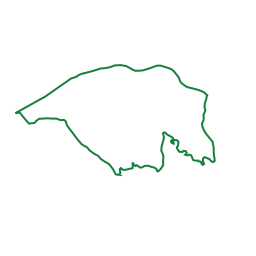 outline of Bodae, Grand Kru, Liberia, rotated 235°
{"feature_id": "62588387B10493983903288", "entity_name": "Bodae", "entity_type": "district", "adm_level": 2, "iso_a3": "LBR", "parent_name": "Liberia", "parent_adm1": "Grand Kru", "projection": "mercator", "projection_center": [-8.37, 5.14], "detail": "fine", "context": "isolated", "style": "outline", "palette": "green", "viewbox_px": 256, "rotation_deg": 235, "n_neighbors": 0, "source": "geoboundaries", "source_scale": "gbopen_adm2", "svg_char_len": 2557}
<svg xmlns="http://www.w3.org/2000/svg" viewBox="0 0 256 256"><g transform="rotate(235 128 128)"><path d="M94.4,94.3L95.1,94.1L95.5,95.9L99.0,97.7L99.3,99.1L97.1,99.7L95.5,101.3L94.8,103.0L93.9,105.2L92.5,108.7L93.5,109.7L96.5,111.5L96.0,112.1L94.6,111.8L92.7,112.2L92.6,113.7L91.4,114.3L89.0,115.0L87.8,116.5L87.3,120.0L85.4,123.1L83.1,124.5L80.3,127.0L78.0,127.8L75.8,127.2L75.2,128.0L75.7,131.4L77.4,135.5L81.5,138.3L84.1,140.5L86.7,141.6L90.2,142.2L93.4,144.8L95.4,147.2L99.5,152.0L102.8,153.3L103.7,153.6L103.7,154.6L102.9,156.0L101.6,156.0L100.0,156.4L97.8,157.5L95.2,158.8L94.0,159.1L93.1,158.9L92.9,157.6L92.8,156.0L92.0,155.3L90.6,155.4L89.0,156.4L89.6,156.9L90.9,157.5L91.5,156.9L92.0,157.4L91.6,158.5L91.6,159.2L91.0,159.8L90.2,160.8L89.2,161.4L87.7,161.3L86.6,160.5L85.2,159.2L84.3,158.2L84.3,157.2L83.5,156.6L82.4,156.4L80.1,156.3L78.7,156.7L77.7,158.4L77.1,158.6L77.4,160.4L76.8,161.2L75.7,162.1L75.2,161.9L74.1,161.9L73.6,161.1L73.3,159.5L71.4,161.0L71.3,162.6L70.2,163.4L69.3,164.2L67.7,163.7L65.8,163.3L64.5,163.0L63.3,163.9L62.3,164.8L61.7,165.8L61.0,166.9L60.3,166.6L59.1,167.9L58.8,168.1L58.2,168.7L57.6,168.1L56.2,167.7L54.9,168.2L55.5,169.0L55.1,169.7L57.8,170.4L60.0,172.0L60.3,173.9L58.6,175.1L55.7,176.9L53.2,177.1L51.4,177.9L51.2,180.0L53.8,181.6L56.6,182.8L59.6,184.8L63.2,187.1L68.2,189.4L71.0,189.2L79.6,188.6L83.2,189.0L86.9,189.9L89.2,191.1L90.8,193.9L90.9,194.1L92.9,196.0L95.5,197.2L96.5,199.2L98.0,201.4L99.8,202.0L101.2,202.7L104.0,204.9L106.6,208.5L109.0,210.9L109.4,211.7L110.8,211.3L112.9,211.0L115.4,209.8L118.2,207.9L121.2,205.5L124.9,202.3L127.0,200.4L128.8,199.3L129.8,199.0L133.2,197.8L133.8,197.7L135.9,197.4L140.0,198.5L144.3,198.4L148.4,198.1L151.4,197.2L154.6,195.0L156.3,193.7L157.3,192.9L160.7,190.2L162.6,187.2L163.6,183.3L164.8,178.9L165.3,177.4L166.3,174.1L166.7,173.3L168.6,169.8L170.8,166.7L173.3,165.2L176.9,163.5L180.1,161.9L181.2,160.5L183.0,158.8L183.4,158.5L185.5,155.2L187.0,152.8L187.9,148.8L190.1,143.7L192.4,139.7L194.2,134.0L195.9,129.1L197.9,123.8L199.1,120.6L199.6,117.9L199.7,114.4L201.2,109.9L201.2,78.3L201.8,72.9L203.3,58.4L204.8,44.3L203.3,47.0L203.2,48.2L197.2,48.5L193.8,48.8L188.4,49.4L187.5,51.2L186.2,53.4L185.8,54.7L186.5,57.2L186.5,60.4L182.7,66.8L179.5,70.9L176.6,74.9L173.2,77.2L171.3,80.2L169.1,80.8L166.9,80.1L165.6,79.6L161.8,79.6L153.7,79.9L148.7,80.0L141.3,80.7L138.2,82.0L135.7,83.4L133.6,83.5L131.5,83.7L126.0,85.7L122.2,87.6L118.4,87.9L113.4,89.8L111.2,91.1L108.9,91.8L103.2,92.1L97.4,91.4L96.3,92.0L94.4,94.3Z" fill="none" stroke="#15803d" stroke-width="2"/></g></svg>